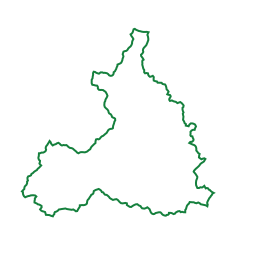 Ouro Preto, Minas Gerais, Brazil (Albers equal-area conic projection), rotated 99°
{"feature_id": "56859067B58463943509301", "entity_name": "Ouro Preto", "entity_type": "district", "adm_level": 2, "iso_a3": "BRA", "parent_name": "Brazil", "parent_adm1": "Minas Gerais", "projection": "albers", "projection_center": [-43.625, -20.396], "detail": "fine", "context": "isolated", "style": "outline", "palette": "green", "viewbox_px": 256, "rotation_deg": 99, "n_neighbors": 0, "source": "geoboundaries", "source_scale": "gbopen_adm2", "svg_char_len": 5854}
<svg xmlns="http://www.w3.org/2000/svg" viewBox="0 0 256 256"><g transform="rotate(99 128 128)"><path d="M35.1,140.1L36.5,139.1L38.0,137.6L39.3,136.6L41.0,137.2L42.6,137.4L43.7,137.2L45.3,137.5L47.0,138.2L48.3,139.4L49.6,140.3L50.7,140.6L52.0,141.6L52.6,143.2L53.3,144.4L56.0,144.8L56.9,144.2L58.1,143.7L59.2,143.9L60.5,144.2L62.0,144.2L63.6,144.6L64.6,144.9L65.6,146.0L67.0,148.3L68.4,148.2L70.0,148.7L71.6,148.9L72.8,149.4L73.9,149.7L75.2,150.9L76.7,150.7L78.0,151.2L78.9,152.2L79.2,153.6L78.9,154.9L77.9,155.9L77.2,157.4L77.1,159.5L77.4,160.9L77.1,162.1L77.4,163.8L78.9,165.2L78.7,166.7L78.4,168.1L77.8,169.3L77.8,170.7L79.2,171.1L80.8,170.8L82.7,170.9L84.5,170.8L86.0,171.4L89.4,170.9L90.9,170.0L90.9,168.3L91.1,166.8L91.0,165.1L92.1,164.2L93.8,163.9L94.8,162.7L94.8,161.4L94.5,160.0L94.5,158.3L95.2,157.2L95.7,155.9L97.7,154.3L99.4,153.3L101.3,153.8L102.7,154.4L103.7,154.7L105.0,154.7L106.3,155.2L109.1,155.0L110.8,154.3L112.0,152.8L112.9,151.3L114.0,150.2L115.5,149.6L116.5,148.9L117.2,147.1L118.3,146.1L119.5,145.6L120.0,144.6L120.3,143.2L120.8,142.2L122.5,141.8L123.7,142.4L125.5,142.5L128.2,143.0L130.6,142.9L131.3,143.8L131.6,145.2L132.2,146.2L133.1,147.1L136.3,148.4L137.3,149.4L139.6,151.3L140.4,152.6L141.6,153.5L143.1,154.3L143.8,155.2L143.7,156.5L144.3,157.8L146.1,158.0L148.0,157.8L149.2,158.9L152.2,161.1L153.7,161.7L154.9,162.0L156.0,163.3L157.5,164.5L158.2,165.6L158.8,166.8L159.0,169.7L159.4,171.3L160.7,173.0L160.2,174.5L159.4,175.4L158.0,177.8L157.1,179.1L156.7,180.4L156.7,182.4L156.0,183.9L155.3,184.8L154.5,186.1L154.9,187.6L154.9,189.1L155.6,190.5L155.2,191.8L154.2,193.0L153.5,194.4L154.4,196.0L155.2,196.7L156.0,198.4L157.0,199.6L156.2,200.7L155.3,201.6L154.1,202.2L153.1,203.4L154.8,204.0L156.1,204.6L157.4,205.1L158.5,205.8L159.8,206.2L161.0,206.1L162.2,205.5L163.7,205.8L164.8,206.8L165.6,208.0L165.8,209.6L166.6,210.7L166.9,212.0L169.8,211.7L170.9,211.9L172.0,211.7L173.3,211.0L174.1,209.8L175.4,209.7L177.0,209.9L177.9,208.9L178.6,207.9L181.1,209.6L182.4,210.8L183.8,211.4L184.9,212.8L186.1,214.0L187.3,214.8L188.5,216.2L189.9,216.4L190.7,217.5L191.4,219.0L192.7,219.5L194.2,219.3L195.6,218.6L196.6,219.3L198.3,219.0L200.0,219.4L200.9,220.1L201.9,220.8L203.1,221.0L204.5,220.9L205.8,221.9L207.2,222.8L207.8,221.7L208.9,221.6L210.2,221.1L211.6,220.1L212.5,218.7L211.6,217.3L210.8,215.8L210.4,214.5L209.8,213.6L209.4,211.9L209.2,210.6L209.2,209.0L210.0,207.8L212.1,209.0L213.2,208.8L214.7,208.9L216.2,208.7L216.9,206.1L217.5,205.1L217.5,203.9L217.8,202.8L218.5,201.2L219.9,200.9L222.1,202.1L223.1,201.0L223.6,199.6L223.7,198.3L224.0,196.7L226.6,195.5L226.3,192.1L226.8,190.1L227.0,188.4L225.6,188.0L224.6,187.3L223.4,187.4L222.4,187.0L221.8,185.7L220.7,184.4L219.3,183.5L218.9,182.2L218.4,180.8L217.3,177.2L217.6,175.6L217.6,170.8L217.0,169.3L217.6,167.9L218.4,166.4L218.0,165.2L215.7,164.4L213.3,163.3L211.9,163.5L211.3,161.3L211.2,159.9L210.8,158.7L210.1,157.6L209.1,156.8L206.2,156.8L205.1,156.4L204.1,155.6L202.7,155.1L201.3,154.4L199.7,153.8L198.9,152.6L198.0,152.0L195.6,151.9L194.3,150.3L192.8,147.4L193.4,145.9L194.1,144.7L195.4,143.8L195.5,142.3L196.6,141.4L197.5,140.2L197.4,138.6L198.0,137.5L198.9,136.1L200.0,135.1L200.6,133.8L201.4,131.6L200.7,130.1L200.1,128.3L200.6,126.9L202.4,124.7L203.3,123.2L203.3,121.5L202.4,118.8L202.6,117.3L204.2,117.1L205.6,114.0L205.5,112.5L204.2,111.2L203.0,109.7L202.2,108.4L201.8,106.9L202.8,105.1L203.2,103.4L204.2,102.6L205.1,101.5L205.1,99.3L204.4,97.9L203.3,96.5L204.0,95.3L204.9,93.9L207.2,92.6L208.2,91.8L208.9,90.7L209.1,89.5L208.7,88.4L207.7,87.5L206.4,84.3L206.2,82.7L207.0,81.6L207.8,80.8L208.4,79.7L208.7,78.3L208.7,76.9L207.8,76.2L207.5,74.9L206.6,74.2L205.4,74.3L205.2,73.1L205.2,71.5L205.9,69.5L205.2,68.2L204.1,67.7L203.2,66.6L202.5,65.7L202.0,64.0L202.9,62.7L202.3,61.5L202.5,60.0L202.3,58.3L199.9,58.6L198.8,58.0L197.4,57.9L195.6,57.6L194.2,56.9L193.2,56.0L191.5,55.5L191.3,53.0L191.1,51.4L191.5,50.1L191.6,48.6L190.6,47.0L191.1,45.3L191.9,44.4L192.2,39.0L192.9,37.4L191.2,37.3L189.7,38.1L188.6,38.0L187.5,37.7L184.5,36.7L183.3,35.9L182.2,35.5L181.2,34.8L179.6,34.3L178.7,33.2L178.1,35.0L177.2,36.6L176.4,37.5L176.2,38.6L175.1,39.5L174.9,40.7L175.5,41.8L174.5,42.6L173.2,43.6L174.4,44.6L175.2,45.6L175.2,47.2L176.2,48.5L176.4,50.1L173.8,51.8L171.5,52.3L169.3,52.4L166.5,51.8L165.3,51.9L162.9,54.0L160.9,56.3L159.7,56.0L157.6,54.6L156.7,53.8L154.7,52.2L153.6,51.5L152.4,51.0L151.2,50.0L150.2,48.8L149.1,47.7L147.7,47.2L146.5,46.7L146.0,47.8L146.5,49.2L147.4,50.6L146.0,53.3L144.0,53.4L142.4,53.2L141.7,54.8L140.7,55.7L139.6,57.0L137.6,57.3L136.1,57.9L135.1,58.8L134.5,60.0L134.2,61.7L133.2,65.1L132.0,64.3L131.5,62.5L130.2,61.5L128.9,61.5L127.7,62.4L126.2,63.1L126.2,64.6L125.3,65.3L123.8,65.3L122.0,65.7L120.5,64.8L119.5,63.3L119.4,61.9L117.7,61.7L115.8,61.1L114.1,62.3L113.5,64.0L113.4,65.4L113.6,66.7L115.1,67.9L116.8,68.4L116.6,71.3L115.1,71.4L114.4,72.8L112.8,73.6L111.3,74.9L108.1,75.0L106.9,75.5L105.3,76.1L103.9,75.6L102.9,76.3L101.4,77.0L99.5,77.3L98.6,76.6L97.0,76.6L95.9,77.8L95.0,78.9L94.2,80.5L95.7,83.1L94.7,84.8L94.5,87.2L93.9,88.9L94.7,90.8L93.7,91.7L92.4,91.7L91.4,91.1L89.9,90.8L88.8,91.8L88.9,93.2L88.6,94.5L85.8,93.6L84.7,94.6L83.8,95.9L81.7,96.6L80.1,97.4L79.2,98.2L79.2,99.6L79.1,100.8L78.1,101.9L78.6,105.9L77.5,106.7L77.5,108.3L77.1,110.0L75.6,110.4L73.7,110.5L72.6,111.7L73.5,113.1L74.0,114.3L73.4,115.4L72.4,116.3L70.9,116.8L70.8,118.3L71.3,119.7L70.5,120.7L68.1,121.1L67.1,122.1L64.3,123.3L63.3,123.8L61.8,123.9L60.3,124.3L59.0,124.3L58.1,123.3L57.1,124.0L54.8,126.3L53.6,126.6L52.1,125.4L50.4,124.8L49.1,125.4L47.7,125.4L46.4,124.9L43.4,122.9L40.6,122.2L39.4,122.0L38.0,121.7L36.3,122.0L34.3,122.7L33.1,123.4L31.8,123.2L30.2,122.7L30.1,124.5L30.5,126.3L30.7,128.0L30.7,129.4L30.5,131.0L30.5,132.4L29.7,135.5L29.0,136.8L29.6,137.9L31.2,138.1L33.0,138.4L34.2,139.1L35.1,140.1Z" fill="none" stroke="#15803d" stroke-width="2"/></g></svg>